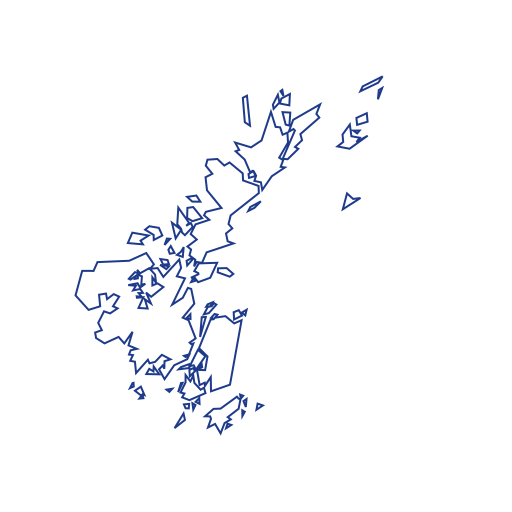 Kota Batam, Kepulauan Riau, Indonesia (Albers equal-area conic projection), rotated 249°
{"feature_id": "22746128B16651418017337", "entity_name": "Kota Batam", "entity_type": "district", "adm_level": 2, "iso_a3": "IDN", "parent_name": "Indonesia", "parent_adm1": "Kepulauan Riau", "projection": "albers", "projection_center": [104.04, 0.834], "detail": "fine", "context": "isolated", "style": "outline", "palette": "blue", "viewbox_px": 512, "rotation_deg": 249, "n_neighbors": 0, "source": "geoboundaries", "source_scale": "gbopen_adm2", "svg_char_len": 6202}
<svg xmlns="http://www.w3.org/2000/svg" viewBox="0 0 512 512"><g transform="rotate(249 256 256)"><path d="M240.6,160.3L260.6,181.7L265.4,174.8L271.7,181.8L280.2,183.1L269.7,162.0L280.0,159.8L282.0,152.5L284.8,157.7L298.1,154.6L297.0,135.9L307.1,105.8L300.3,99.0L304.4,88.4L283.9,73.4L265.7,80.4L264.9,92.5L276.1,95.6L274.7,102.5L269.1,101.5L271.4,109.5L267.1,113.7L260.3,104.5L256.7,108.0L254.7,99.2L258.8,94.3L250.1,84.7L242.0,85.5L242.2,78.4L236.7,77.3L228.7,83.3L229.7,98.7L221.6,101.7L229.5,113.6L218.2,104.9L212.0,111.5L212.9,105.2L209.5,102.1L207.6,105.6L203.2,101.0L200.7,105.1L189.7,102.1L197.9,117.9L194.0,118.1L193.3,123.9L197.5,132.7L190.2,139.1L190.6,132.9L183.6,130.0L187.2,129.7L185.0,124.9L173.8,126.5L183.3,140.5L184.3,154.8L187.3,157.9L186.9,154.1L188.6,153.0L188.1,158.2L196.8,166.2L196.9,164.0L198.9,163.0L200.7,170.1L220.2,170.0L224.7,165.5L233.6,181.3L248.5,183.7L250.6,181.0L243.2,172.6L240.6,160.3ZM249.6,127.7L257.9,136.1L259.7,129.9L261.1,130.2L258.9,134.7L263.4,133.1L262.1,137.2L266.7,136.1L267.9,128.9L271.3,133.2L274.6,126.3L273.0,135.7L268.1,136.4L269.7,142.7L270.3,138.6L277.9,142.2L280.9,139.0L277.5,137.7L278.1,134.6L280.6,137.0L278.9,130.4L280.3,129.1L284.3,137.2L281.8,140.3L285.7,140.1L281.4,141.6L282.9,152.0L274.8,155.1L266.9,153.1L273.2,151.6L265.6,148.7L265.8,154.2L260.2,158.4L255.5,143.5L261.2,140.3L249.3,140.9L255.4,136.7L245.8,136.0L249.6,127.7ZM289.4,195.4L285.3,197.7L280.4,194.1L274.3,198.0L268.5,194.5L271.7,198.6L268.9,203.1L277.1,211.2L275.8,239.5L279.9,234.8L287.8,236.1L290.3,243.8L295.7,241.8L303.0,246.9L313.7,281.2L320.5,283.5L331.2,271.0L337.9,273.2L352.8,264.8L351.8,258.8L360.4,254.7L363.3,245.2L358.3,241.5L348.4,244.7L347.6,237.1L334.9,233.8L313.2,241.0L315.2,225.0L312.6,222.1L306.5,225.4L307.2,210.9L299.9,202.9L292.6,206.6L289.4,195.4ZM170.9,160.1L155.7,157.1L156.1,162.7L153.0,161.8L159.2,170.4L145.8,165.5L145.2,185.6L201.2,219.5L200.9,211.5L210.8,205.9L213.1,195.6L212.2,193.8L212.9,190.8L190.4,169.8L179.6,174.7L167.7,167.6L170.9,160.1ZM361.1,274.5L350.1,280.0L336.4,280.5L336.7,283.6L336.1,284.2L331.0,284.9L326.7,281.4L323.0,287.0L315.4,285.5L324.8,299.3L328.3,314.7L330.4,311.0L335.7,315.7L339.5,312.9L350.5,326.6L359.9,329.5L359.7,324.3L367.5,324.6L369.5,320.6L385.2,321.6L361.9,302.6L359.2,290.3L369.4,277.2L361.0,278.3L361.1,274.5ZM337.2,315.8L335.0,320.2L340.9,333.9L343.8,331.5L347.6,340.5L353.9,341.1L362.5,364.7L367.0,363.3L374.6,370.2L369.8,339.5L360.3,331.2L361.1,336.5L359.2,337.3L337.2,315.8ZM120.2,155.7L113.1,149.7L113.9,157.6L103.1,159.4L111.3,166.8L112.5,173.9L115.7,171.9L119.6,185.0L127.7,190.1L129.1,188.6L131.5,187.8L126.2,168.2L128.5,161.6L124.6,151.0L122.7,155.7L120.2,155.7ZM153.3,139.9L150.5,136.4L145.3,142.2L146.1,159.7L151.7,160.2L151.0,156.4L159.6,153.0L166.9,154.6L162.4,149.8L170.1,147.6L163.2,144.9L155.6,136.6L153.3,139.9ZM259.6,195.7L259.0,187.4L258.4,190.8L252.3,192.6L252.1,205.5L263.6,217.3L269.6,199.9L264.0,193.0L260.7,196.0L259.6,195.7ZM329.1,371.3L322.6,381.8L328.3,403.4L326.4,390.6L329.2,395.3L333.6,388.0L345.1,390.7L338.4,380.3L331.2,378.3L329.1,371.3ZM313.9,193.9L308.3,195.8L304.4,195.4L300.9,197.1L305.8,207.3L310.1,207.0L309.2,201.7L310.8,205.4L329.0,200.8L313.9,193.9ZM314.0,141.0L307.4,154.6L311.7,153.7L313.6,163.1L322.1,148.9L314.0,141.0ZM325.5,209.2L316.2,205.3L311.3,209.2L310.6,219.3L324.2,214.9L325.5,209.2ZM320.3,161.9L312.4,168.0L307.6,166.3L308.7,175.9L317.1,175.4L322.0,167.1L320.3,161.9ZM189.2,168.1L176.9,154.7L176.3,158.7L171.4,159.2L180.6,172.8L189.2,168.1ZM384.9,293.5L379.8,297.1L408.9,305.0L408.4,300.4L384.9,293.5ZM281.8,363.4L268.5,353.8L272.7,374.3L274.5,367.1L281.8,363.4ZM380.8,332.3L368.0,330.8L365.8,333.9L377.6,339.4L380.8,332.3ZM317.2,189.5L301.2,187.3L307.3,195.6L317.2,189.5ZM342.2,397.4L341.4,408.3L349.6,410.6L348.9,399.2L342.2,397.4ZM134.9,131.9L124.5,118.3L128.4,130.9L134.9,131.9ZM218.3,183.4L200.5,174.8L217.1,187.3L218.3,183.4ZM389.8,332.9L384.7,341.1L395.1,345.7L393.9,336.1L389.8,332.9ZM372.4,412.5L374.0,432.2L378.3,438.6L376.1,416.4L372.4,412.5ZM254.5,214.4L246.1,224.1L247.4,228.4L255.2,224.3L258.1,216.2L254.5,214.4ZM335.9,212.9L329.6,216.0L326.7,223.5L333.8,222.0L335.9,212.9ZM204.6,212.8L205.4,221.6L211.6,220.5L211.5,215.0L204.6,212.8ZM173.6,94.7L167.0,98.7L167.5,100.6L166.2,102.0L175.3,101.7L173.6,94.7ZM220.2,186.4L219.6,191.5L224.8,201.6L227.0,200.0L225.0,196.5L225.7,192.8L220.2,186.4ZM387.1,325.2L390.9,332.9L398.7,334.2L391.2,326.0L387.1,325.2ZM188.9,115.9L185.1,111.3L180.2,123.3L189.5,120.9L185.0,118.9L188.9,115.9ZM285.4,182.6L281.4,187.3L290.2,191.7L286.7,187.2L285.4,182.6ZM287.4,165.7L281.2,166.3L279.7,171.8L283.9,172.0L287.4,165.7ZM177.9,143.2L175.3,153.8L179.0,154.7L179.2,146.2L177.9,143.2ZM331.4,277.5L330.9,284.4L336.2,283.8L335.2,278.4L331.4,277.5ZM164.3,140.5L156.8,134.5L163.9,142.0L164.3,140.5ZM167.4,151.1L170.3,157.7L173.8,157.3L173.5,153.0L167.4,151.1ZM289.0,176.3L288.1,181.0L295.8,180.0L293.2,176.4L289.0,176.3ZM282.0,163.3L275.9,167.6L277.6,171.2L282.0,163.3ZM305.3,280.1L303.8,268.3L300.8,264.9L301.5,271.8L305.3,280.1ZM366.9,430.1L358.6,426.0L367.6,434.0L366.9,430.1ZM225.2,173.9L223.0,169.0L220.7,172.3L225.2,173.9ZM271.8,188.4L275.6,195.8L277.1,195.4L276.4,189.5L271.8,188.4ZM143.6,152.1L141.5,147.4L138.2,150.3L143.6,152.1ZM117.6,204.6L112.3,201.3L114.0,208.9L117.6,204.6ZM336.0,397.7L338.2,391.8L334.2,394.4L336.0,397.7ZM143.3,135.5L139.1,135.7L137.8,138.6L141.9,140.6L143.3,135.5ZM214.4,192.0L212.4,194.2L215.0,199.0L216.7,196.5L214.4,192.0ZM208.3,222.6L204.4,224.7L209.2,228.0L208.3,222.6ZM125.0,192.3L118.7,192.4L125.9,195.9L125.0,192.3ZM109.7,169.3L105.9,166.3L107.1,172.4L109.7,169.3ZM141.3,143.9L135.1,142.4L138.6,146.1L141.3,143.9ZM162.1,130.3L163.3,124.6L160.2,126.4L162.1,130.3ZM116.9,187.9L111.4,185.9L114.6,189.7L116.9,187.9ZM401.1,337.9L395.7,339.0L401.7,340.1L401.1,337.9ZM163.6,99.9L167.2,100.2L164.7,96.0L163.6,99.9ZM258.3,190.0L254.9,186.1L254.6,190.3L258.3,190.0ZM132.3,191.5L128.3,190.7L130.1,194.0L132.3,191.5ZM177.8,91.0L178.0,95.1L181.5,96.2L181.6,95.2L177.8,91.0ZM304.2,179.1L299.1,174.6L302.8,182.0L304.2,179.1ZM226.5,191.3L225.4,195.4L228.3,198.8L228.2,193.6L226.5,191.3ZM171.4,165.8L174.4,166.5L171.3,162.3L171.4,165.8Z" fill="none" stroke="#1e3a8a" stroke-width="2"/></g></svg>